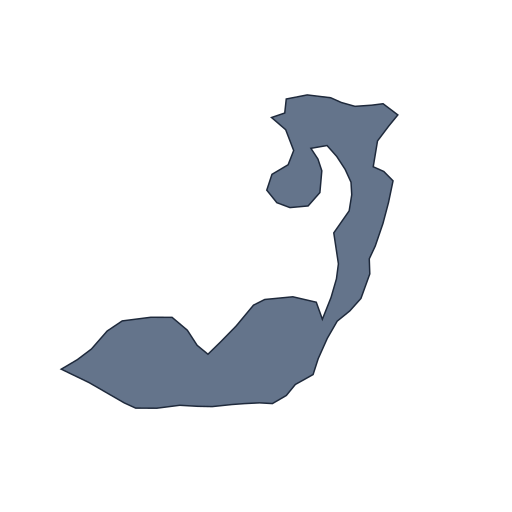 outline of Santalaris, Cyprus, rotated 210°
{"feature_id": "46923920B66935539070734", "entity_name": "Santalaris", "entity_type": "district", "adm_level": 2, "iso_a3": "CYP", "parent_name": "Cyprus", "parent_adm1": "", "projection": "natural_earth1", "projection_center": [33.807, 35.206], "detail": "fine", "context": "isolated", "style": "filled", "palette": "slate", "viewbox_px": 512, "rotation_deg": 210, "n_neighbors": 0, "source": "geoboundaries", "source_scale": "gbopen_adm2", "svg_char_len": 1133}
<svg xmlns="http://www.w3.org/2000/svg" viewBox="0 0 512 512"><g transform="rotate(210 256 256)"><path d="M311.8,383.7L293.4,380.2L276.1,366.2L273.8,351.1L283.0,334.7L279.6,318.4L264.6,312.6L250.8,314.9L235.9,325.4L232.4,342.9L241.6,362.7L250.8,370.9L262.3,376.7L249.7,387.2L235.9,382.6L222.1,375.6L210.6,367.4L203.7,356.9L197.9,341.7L200.2,314.9L180.7,290.4L174.9,276.4L170.3,257.7L166.9,234.4L180.7,246.1L203.7,239.1L226.7,222.7L233.6,212.2L238.2,185.4L243.9,163.2L248.5,146.9L262.3,149.2L278.4,157.4L298.0,160.9L316.4,150.4L339.4,132.9L347.4,116.6L352.0,93.2L358.9,76.9L368.1,60.6L337.1,62.9L318.7,62.9L296.8,62.9L284.2,64.1L265.8,74.6L247.4,88.6L231.3,96.7L218.6,103.7L202.5,115.4L192.2,122.4L179.5,130.6L168.0,136.4L160.0,150.4L157.7,164.4L147.3,181.9L150.8,198.2L153.1,220.4L153.1,228.6L153.1,240.2L147.3,255.4L143.9,271.7L148.5,297.4L156.5,310.2L157.7,324.2L162.3,347.6L168.0,368.6L174.9,389.6L187.6,393.1L199.1,391.9L208.3,416.4L206.0,435.1L203.7,449.1L222.1,451.4L231.3,444.4L245.1,435.1L258.9,431.6L270.4,430.4L292.2,421.1L308.3,407.1L302.6,394.2L311.8,383.7Z" fill="#64748b" stroke="#1e293b" stroke-width="1.5"/></g></svg>